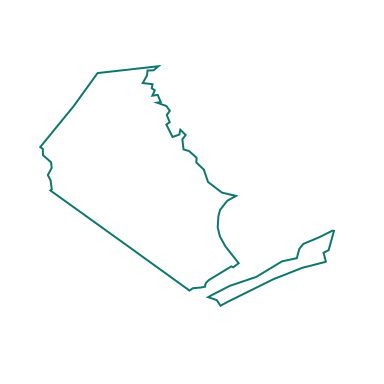 Nueces, Texas, United States of America, rotated 36°
{"feature_id": "52423323B60755765681698", "entity_name": "Nueces", "entity_type": "district", "adm_level": 2, "iso_a3": "USA", "parent_name": "United States of America", "parent_adm1": "Texas", "projection": "albers", "projection_center": [-97.486, 27.777], "detail": "fine", "context": "isolated", "style": "outline", "palette": "teal", "viewbox_px": 384, "rotation_deg": 36, "n_neighbors": 0, "source": "geoboundaries", "source_scale": "gbopen_adm2", "svg_char_len": 1143}
<svg xmlns="http://www.w3.org/2000/svg" viewBox="0 0 384 384"><g transform="rotate(36 192 192)"><path d="M42.8,244.8L46.0,244.9L49.8,249.8L60.5,250.8L64.3,255.0L65.4,263.0L70.7,265.7L77.0,272.3L76.5,274.0L165.5,273.5L248.0,273.2L249.2,269.4L255.6,263.8L258.3,260.8L257.1,259.1L256.8,256.8L257.4,253.3L267.5,229.1L269.6,228.7L271.6,222.2L250.8,216.3L240.6,211.5L233.5,205.4L227.6,196.1L225.2,189.9L225.3,188.4L225.5,183.3L225.7,178.3L229.9,169.3L216.6,174.9L199.1,174.5L188.4,166.9L178.1,165.6L175.6,161.6L165.5,160.6L160.1,162.5L153.2,155.0L153.4,149.6L146.0,148.5L148.0,153.0L143.9,158.9L131.6,152.5L132.9,148.6L126.3,144.5L126.4,139.4L120.7,137.5L111.2,140.3L113.8,137.6L107.2,133.6L103.3,137.4L102.1,131.6L98.4,131.7L96.7,128.0L88.1,132.8L87.1,124.2L84.6,119.9L89.4,116.1L90.9,110.0L45.7,151.3L45.8,192.1L42.8,244.8ZM329.7,140.0L328.3,140.8L321.6,153.7L312.6,168.5L312.2,174.9L315.7,183.9L305.6,195.2L293.8,223.1L277.8,245.6L277.7,245.8L268.9,263.2L266.9,267.6L275.6,264.9L281.9,267.3L285.4,259.9L309.1,214.7L325.7,188.6L340.9,170.3L341.2,169.6L334.1,163.8L336.7,158.7L329.7,140.0Z" fill="none" stroke="#0f766e" stroke-width="2"/></g></svg>